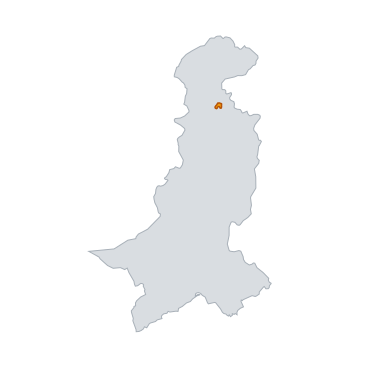 Pakistan, with F.C.T. highlighted, rotated 334°
{"feature_id": "PAK-1110", "entity_name": "F.C.T.", "entity_type": "Capital Territory", "adm_level": 1, "iso_a3": "PAK", "parent_name": "Pakistan", "parent_adm1": "", "projection": "equal_earth", "projection_center": [73.083, 33.648], "detail": "fine", "context": "in_parent", "style": "filled", "palette": "amber", "viewbox_px": 384, "rotation_deg": 334, "n_neighbors": 0, "source": "natural_earth", "source_scale": "10m", "svg_char_len": 4399}
<svg xmlns="http://www.w3.org/2000/svg" viewBox="0 0 384 384"><g transform="rotate(334 192 192)"><path d="M306.6,87.9L310.8,98.4L310.1,100.6L307.0,102.4L305.8,104.5L304.3,105.5L302.3,105.1L298.3,106.8L296.4,106.8L291.6,110.0L287.9,109.3L284.1,107.4L280.7,107.2L271.3,105.0L266.4,107.1L264.0,112.4L264.3,113.4L265.9,114.1L266.6,115.1L266.7,115.9L265.6,118.2L266.3,119.2L270.6,119.8L270.7,120.6L270.2,121.8L267.1,123.7L266.7,125.0L267.1,126.7L269.2,129.1L268.8,131.4L267.0,134.2L267.1,135.2L268.9,137.4L271.5,139.0L271.9,141.5L271.6,142.5L272.3,143.3L276.8,143.5L276.5,146.4L277.1,148.6L278.6,149.3L281.5,149.3L285.1,151.0L286.6,152.8L286.5,154.0L285.5,155.5L278.0,159.2L275.3,161.8L274.6,163.8L275.9,168.6L274.8,174.1L275.1,175.1L276.2,175.5L276.5,177.0L272.8,179.8L272.2,179.8L267.4,187.1L265.8,188.8L265.5,190.4L266.3,193.0L264.5,195.5L258.2,198.6L256.0,206.2L251.1,216.5L242.8,221.9L242.0,223.0L239.6,230.0L236.9,233.3L235.7,237.6L230.9,239.4L225.5,240.2L220.9,242.5L219.8,242.6L218.2,241.4L217.3,238.1L215.2,236.4L213.9,236.3L210.0,239.8L206.3,247.3L200.9,254.3L199.8,260.7L200.3,261.9L203.7,264.2L208.5,265.2L209.9,266.6L209.6,272.5L208.7,275.3L209.0,278.6L211.5,282.7L214.2,283.2L216.0,282.7L217.2,283.5L217.2,288.4L220.6,295.6L223.1,303.2L222.0,304.6L221.9,305.5L222.0,307.2L223.0,308.4L223.0,309.0L220.6,310.1L219.4,311.8L218.1,312.3L216.0,311.4L215.5,308.6L214.7,308.7L208.7,311.3L207.6,313.2L204.3,313.7L203.0,313.6L200.6,311.5L190.7,311.2L189.6,311.7L188.9,310.7L188.1,311.7L187.9,317.8L184.4,317.7L181.2,318.5L179.5,320.0L178.7,322.1L177.5,320.1L176.2,320.5L174.9,319.0L174.2,320.5L171.9,320.9L171.6,318.7L170.4,319.5L169.5,318.3L169.1,316.7L167.4,315.2L166.6,313.5L166.4,309.6L164.7,301.8L163.7,301.1L157.7,299.7L157.4,298.3L157.8,292.3L155.9,289.3L155.4,287.1L153.8,285.3L152.3,284.8L150.7,285.0L149.4,286.9L152.7,286.7L154.4,287.9L150.9,287.5L145.6,288.4L142.5,289.7L138.4,289.3L133.2,290.6L128.9,290.7L127.1,293.2L125.4,292.1L119.5,290.2L118.2,288.8L116.3,290.0L113.1,289.1L110.6,289.8L109.7,290.9L109.5,292.6L104.7,291.7L102.4,292.4L97.1,291.5L95.8,291.7L91.8,294.2L90.1,292.3L88.4,293.7L85.7,294.2L83.2,294.1L80.6,293.1L81.4,291.1L82.4,281.8L83.8,279.9L84.9,273.5L85.4,272.2L89.2,270.4L89.7,269.4L91.4,269.6L92.6,266.9L94.6,265.5L99.8,263.9L105.4,263.8L105.9,260.0L106.9,259.2L106.9,255.2L107.8,254.3L107.8,253.7L107.2,252.6L105.9,251.7L102.1,252.4L99.8,251.8L99.9,249.6L100.7,246.8L100.0,236.8L100.4,232.0L97.5,232.2L94.5,228.6L87.7,226.0L83.9,221.1L80.1,211.8L79.9,209.7L73.2,200.1L97.0,209.0L113.2,207.2L121.0,209.3L122.1,207.9L125.4,206.3L135.8,206.0L152.7,200.0L154.0,197.9L153.0,196.5L152.9,195.2L154.0,191.0L153.9,185.4L154.8,181.6L155.6,179.4L158.6,177.3L160.7,173.9L162.1,172.6L163.5,171.7L165.1,171.9L166.3,173.0L168.8,173.5L171.3,173.1L175.5,171.0L175.4,170.3L173.5,168.9L173.2,167.8L173.9,167.2L175.6,167.0L179.7,164.5L181.8,162.1L185.9,163.0L188.2,162.1L190.9,165.1L192.1,165.3L195.3,163.3L198.2,159.5L197.8,149.8L200.3,145.0L200.3,143.4L201.0,142.1L201.7,138.5L202.7,137.6L204.7,137.0L207.8,136.7L212.8,133.3L213.2,131.7L211.1,126.9L207.3,121.6L207.6,119.5L209.1,118.6L213.9,120.4L218.7,120.5L224.4,118.7L225.0,117.3L225.1,112.5L223.2,109.4L224.7,108.1L228.0,103.0L230.4,101.1L232.8,97.0L231.7,95.0L232.5,92.7L232.1,90.1L231.4,89.1L230.1,84.6L228.9,82.6L226.6,80.7L227.3,79.2L232.9,73.2L235.1,73.3L235.8,72.3L239.7,69.5L240.6,68.3L247.2,65.8L254.3,65.1L263.5,64.7L267.4,65.9L275.3,61.9L276.7,62.0L279.5,63.5L281.8,62.9L283.1,63.1L286.0,64.3L287.1,67.6L287.6,67.8L289.2,67.2L290.6,67.5L293.7,70.1L295.0,74.3L295.0,78.3L294.1,79.8L294.2,80.6L296.5,81.8L297.6,84.7L299.1,85.1L303.4,83.6L303.6,85.8L306.6,87.9Z" fill="#d9dde1" stroke="#a8b0b8" stroke-width="1"/><path d="M251.5,124.8L252.2,124.7L252.5,124.5L252.7,124.3L252.8,124.2L253.0,124.0L253.2,123.9L253.3,123.9L253.9,123.8L254.2,123.6L254.3,123.5L254.4,123.4L254.5,123.5L255.7,124.0L255.9,124.2L256.1,124.4L256.5,124.9L257.1,125.4L257.2,125.6L257.2,125.8L257.1,126.1L256.7,126.5L256.6,126.8L256.0,128.2L255.9,128.4L255.5,128.9L255.3,129.2L255.2,129.3L254.9,129.4L254.6,129.3L254.3,129.1L254.1,128.9L254.0,128.7L254.1,128.3L254.1,128.0L254.0,127.6L253.9,127.3L253.7,127.0L253.5,126.9L253.2,126.8L252.7,126.8L252.2,127.0L251.7,127.4L251.5,127.6L251.1,127.8L250.8,127.8L250.5,127.8L250.2,127.5L249.9,127.1L249.7,126.6L249.8,126.1L250.1,125.6L251.5,124.8Z" fill="#f59e0b" stroke="#b45309" stroke-width="1.5"/></g></svg>